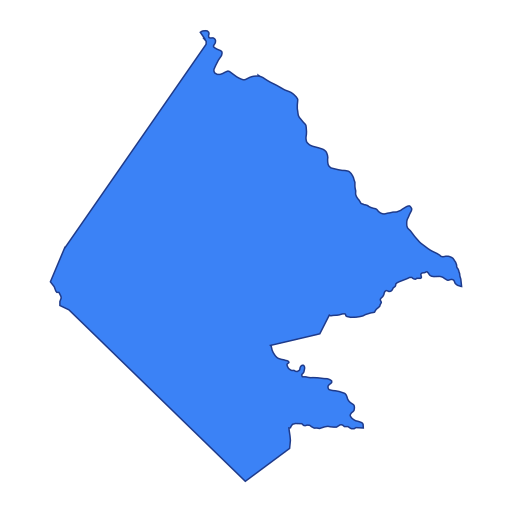 the district of Six Miles/Descatier, Soufrière, Saint Lucia
{"feature_id": "8701671B56645509731346", "entity_name": "Six Miles/Descatier", "entity_type": "district", "adm_level": 2, "iso_a3": "LCA", "parent_name": "Saint Lucia", "parent_adm1": "Soufrière", "projection": "albers", "projection_center": [-60.969, 13.841], "detail": "fine", "context": "isolated", "style": "filled", "palette": "blue", "viewbox_px": 512, "rotation_deg": 0, "n_neighbors": 0, "source": "geoboundaries", "source_scale": "gbopen_adm2", "svg_char_len": 6017}
<svg xmlns="http://www.w3.org/2000/svg" viewBox="0 0 512 512"><path d="M50.4,281.8L54.2,286.7L55.8,291.0L56.8,292.3L59.0,292.4L60.9,296.3L61.2,298.0L59.9,301.6L59.9,305.5L68.9,309.8L245.3,481.3L289.6,448.4L290.4,440.4L290.0,436.0L289.2,430.5L288.9,428.0L289.4,428.1L290.5,427.7L290.8,426.7L292.5,424.3L295.4,423.5L301.8,423.7L303.6,425.4L305.1,425.7L307.1,425.1L309.7,425.3L311.5,426.7L314.2,428.1L316.8,428.0L319.5,428.5L324.8,426.8L327.9,426.3L330.4,426.8L333.7,427.1L336.5,427.1L340.0,424.9L341.3,424.7L342.8,425.2L344.4,426.6L348.0,426.6L350.2,428.1L351.4,428.7L354.2,428.7L355.9,427.6L363.3,428.0L363.1,424.4L362.6,423.4L362.2,423.0L361.6,422.6L360.1,422.0L358.0,421.3L355.8,420.8L354.6,420.2L352.5,418.8L351.4,417.7L350.6,416.5L350.2,415.7L350.2,415.0L350.6,414.1L351.5,412.8L352.9,411.7L353.8,410.7L354.1,410.1L354.4,408.0L354.4,407.2L354.2,405.9L354.0,405.4L353.5,404.7L350.4,402.6L349.1,401.4L347.7,399.3L346.8,396.4L346.0,394.7L345.4,394.0L345.0,393.6L344.3,393.2L339.2,391.5L336.1,390.9L334.8,390.7L333.1,390.6L330.7,390.1L329.1,389.6L328.5,389.0L328.0,387.5L328.0,386.2L328.6,385.3L329.3,384.5L330.6,383.6L331.6,382.6L331.7,382.3L331.7,381.0L331.4,380.7L330.3,379.9L329.0,379.3L328.2,379.0L327.0,378.7L324.2,378.6L317.7,377.8L313.4,377.6L310.3,377.7L307.7,377.3L306.6,377.0L305.3,376.8L303.0,376.8L302.3,376.7L301.9,375.7L301.7,374.9L301.9,374.4L303.3,372.9L303.8,372.1L304.0,371.4L304.6,368.5L304.6,367.4L304.3,366.3L303.7,365.5L303.2,365.2L302.1,365.3L301.2,365.9L300.7,366.5L300.2,367.4L299.7,369.8L299.3,370.3L297.3,371.5L296.1,371.4L295.4,371.3L294.6,370.7L293.9,370.4L292.0,370.5L291.2,370.3L290.5,369.9L289.3,369.1L288.3,368.1L287.4,366.3L287.1,365.3L287.0,364.7L287.2,364.0L287.6,363.6L288.6,362.9L288.9,362.5L288.9,362.2L288.5,361.5L288.0,361.1L286.9,360.6L285.9,360.5L283.8,359.8L281.5,359.4L278.9,358.6L277.6,358.0L276.6,357.2L275.2,355.7L273.2,352.6L272.1,350.1L271.3,346.5L271.0,345.9L270.5,345.4L319.8,333.8L329.3,315.1L330.2,315.7L331.5,315.7L333.1,315.4L337.2,315.2L339.1,314.9L342.5,313.9L344.5,313.8L345.3,314.1L345.5,314.4L345.9,315.8L346.9,316.5L350.5,317.3L355.9,317.2L359.9,316.6L362.9,315.9L365.4,314.6L366.3,314.3L370.8,312.9L373.3,312.5L374.5,312.2L375.5,310.4L376.3,309.3L377.3,308.4L378.5,307.5L379.8,306.1L380.1,304.8L381.2,302.8L381.3,302.3L381.2,301.9L380.4,300.3L380.3,299.5L380.5,298.9L381.1,298.1L382.6,296.7L383.1,296.0L383.8,294.7L384.3,292.7L384.6,292.1L384.9,291.5L385.5,291.0L386.1,290.6L386.6,290.6L387.3,290.8L388.9,291.5L390.1,291.4L390.9,291.1L391.5,290.7L392.2,289.9L393.3,287.8L394.7,286.8L395.3,286.2L395.6,285.4L395.8,284.0L396.9,282.9L399.0,281.8L406.2,279.0L408.3,278.1L409.4,277.5L411.6,277.4L411.9,277.5L412.6,278.2L414.1,279.0L415.5,279.2L415.8,278.9L416.4,278.7L416.8,278.3L420.6,278.3L421.3,277.7L421.4,277.2L421.4,276.9L421.2,276.6L421.1,275.7L420.8,274.4L421.1,273.8L422.2,272.9L424.5,272.7L425.3,272.4L426.1,271.9L426.9,271.7L428.1,272.8L429.6,275.0L430.4,275.6L431.5,276.2L433.8,276.6L439.5,276.4L440.8,276.6L441.8,276.9L443.4,277.6L444.2,278.3L447.4,280.2L448.6,280.2L449.9,279.7L451.6,279.4L452.2,279.5L453.2,279.9L453.6,280.1L454.1,280.8L455.2,283.4L456.6,284.7L458.0,285.5L459.2,285.8L460.5,286.3L461.6,286.5L460.8,279.1L459.9,276.1L459.6,273.5L459.0,271.9L458.6,270.3L457.8,268.6L457.3,268.1L456.7,266.9L456.6,265.0L455.6,262.2L455.0,261.4L454.0,259.8L453.0,258.4L451.9,257.6L450.9,257.1L448.7,256.3L446.4,256.2L445.3,256.3L444.7,256.5L442.8,256.8L441.2,256.4L440.7,256.2L439.9,255.3L437.2,253.6L432.4,251.3L430.4,250.2L428.1,248.7L420.8,243.2L419.3,241.8L414.6,236.4L410.4,230.8L408.3,228.8L407.6,228.0L407.1,226.7L406.8,225.7L406.7,223.0L406.8,221.3L407.0,220.3L407.3,219.3L408.6,216.6L409.4,214.6L411.4,210.7L411.7,209.5L411.7,208.8L411.5,208.3L410.8,207.2L410.3,206.6L409.7,206.0L409.3,205.9L408.3,206.0L407.6,206.2L406.4,206.7L403.1,208.7L402.0,209.4L401.1,210.1L400.2,210.6L397.1,211.8L396.3,212.0L393.0,212.1L389.6,212.9L387.9,213.1L384.8,213.9L383.4,213.9L382.3,213.7L380.5,213.0L379.4,212.2L378.5,211.5L377.9,210.8L377.2,209.9L376.3,209.1L375.4,208.7L373.4,208.3L370.9,207.5L369.0,206.6L368.5,206.3L368.2,205.9L367.7,205.8L367.5,205.5L365.3,204.8L364.8,204.8L364.3,204.7L363.2,204.3L363.1,204.1L362.0,203.8L361.0,203.4L360.8,203.2L360.3,202.1L360.1,202.0L359.7,201.2L358.8,199.8L358.1,199.1L357.0,197.5L356.4,196.5L355.7,194.6L355.6,193.4L355.7,190.9L355.1,188.1L354.9,186.2L354.9,182.3L354.1,180.0L353.4,177.5L352.4,175.5L351.1,173.5L349.4,171.8L348.7,171.4L348.0,171.1L345.0,170.5L342.1,170.4L338.2,169.7L331.6,168.1L330.6,167.7L328.8,165.9L328.1,164.4L327.7,162.1L327.6,159.6L327.8,157.5L327.5,155.4L326.9,153.5L326.3,152.1L325.5,151.1L324.2,150.0L323.0,149.3L321.9,148.9L318.5,147.8L312.8,146.3L311.5,145.8L310.2,145.2L309.3,144.7L307.3,142.8L306.5,141.6L306.0,139.0L306.0,137.1L306.4,134.3L306.5,131.7L306.2,127.4L305.9,125.3L305.2,124.2L303.2,122.1L299.4,117.5L299.0,116.8L298.3,115.3L297.9,112.9L297.7,111.2L297.3,108.7L297.3,105.0L297.7,100.7L297.7,99.4L297.4,98.7L296.2,96.9L293.8,94.5L292.7,93.6L291.1,92.5L289.2,91.6L285.4,90.2L284.1,89.6L276.6,85.3L270.3,82.2L266.9,80.2L262.8,77.5L260.7,76.6L259.5,76.3L259.6,76.1L258.5,75.4L258.8,76.1L258.1,76.0L255.3,76.1L253.4,76.3L252.0,76.6L249.9,77.3L245.5,79.5L244.3,79.8L243.4,79.8L241.7,79.3L239.2,78.2L237.5,77.3L236.1,76.4L229.6,71.6L228.6,71.2L227.8,71.1L227.2,71.3L224.9,72.3L222.7,73.5L220.8,74.2L220.0,74.4L217.7,74.4L217.0,74.3L214.8,73.0L214.2,71.9L213.9,70.8L213.9,69.8L214.1,69.0L215.7,65.4L218.4,60.1L221.4,55.7L221.6,55.2L222.0,53.5L222.0,52.6L221.9,52.0L221.7,51.6L221.2,51.1L220.5,50.6L217.1,49.2L215.0,48.0L213.6,46.9L213.5,46.3L213.6,45.6L215.1,43.2L215.4,42.3L215.5,41.5L215.5,40.4L215.1,39.5L214.5,38.7L213.1,37.9L212.6,37.9L210.1,38.0L209.0,37.6L208.8,37.3L208.7,36.8L208.6,35.9L208.6,35.1L209.0,34.0L209.0,33.6L208.9,33.0L208.7,32.3L207.9,31.5L207.6,31.3L207.4,31.0L206.4,30.8L205.9,30.7L203.0,30.9L201.8,31.3L200.3,32.3L204.6,38.6L203.9,38.6L206.2,41.3L206.1,44.3L65.0,247.7L64.8,247.5L50.4,281.8Z" fill="#3b82f6" stroke="#1e3a8a" stroke-width="1.5"/></svg>